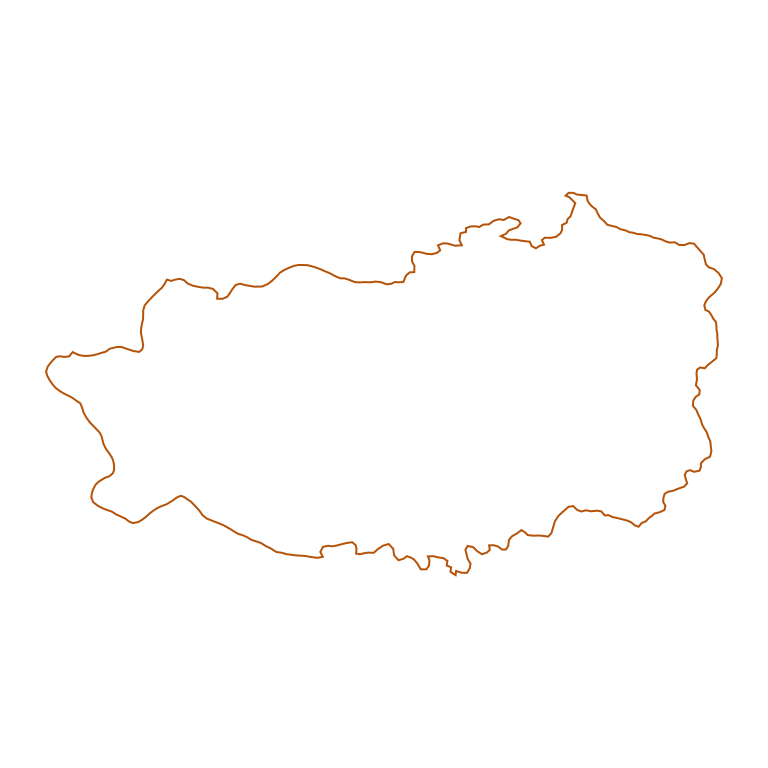 Augusto de Lima, Minas Gerais, Brazil (Mercator projection)
{"feature_id": "56859067B977102899903", "entity_name": "Augusto de Lima", "entity_type": "district", "adm_level": 2, "iso_a3": "BRA", "parent_name": "Brazil", "parent_adm1": "Minas Gerais", "projection": "mercator", "projection_center": [-44.202, -18.1], "detail": "fine", "context": "isolated", "style": "outline", "palette": "amber", "viewbox_px": 768, "rotation_deg": 0, "n_neighbors": 0, "source": "geoboundaries", "source_scale": "gbopen_adm2", "svg_char_len": 5571}
<svg xmlns="http://www.w3.org/2000/svg" viewBox="0 0 768 768"><path d="M708.4,437.2L706.6,432.0L703.9,427.8L702.1,424.4L700.7,419.4L698.4,414.8L696.2,409.7L692.9,405.9L693.3,400.5L695.9,396.7L699.3,394.5L699.7,389.9L695.9,385.3L697.0,379.2L696.5,373.7L697.0,369.8L700.1,367.5L704.8,368.2L708.2,364.7L712.4,361.4L716.4,358.1L716.8,354.0L716.8,350.1L717.9,345.7L717.7,341.3L717.3,337.6L717.3,333.4L716.5,329.7L716.4,325.4L715.8,321.8L713.2,318.6L711.3,315.0L709.0,311.6L705.4,309.9L704.3,305.4L705.8,301.5L708.3,298.1L711.3,295.3L714.3,292.9L717.9,288.5L720.7,284.1L721.9,278.3L718.7,273.2L714.1,269.2L708.6,267.2L706.0,264.4L704.8,259.8L703.7,254.7L700.5,251.1L697.5,247.7L694.0,243.7L689.4,243.1L684.6,245.0L679.4,245.0L674.8,242.3L669.7,242.6L665.5,241.3L661.3,239.3L657.1,238.3L653.7,237.7L650.5,236.1L646.3,235.0L641.0,234.3L636.3,233.8L633.1,232.7L629.3,232.2L625.5,230.4L620.4,229.2L616.5,227.0L612.2,226.0L607.4,224.8L603.7,220.8L600.1,217.7L597.4,212.8L595.9,209.4L592.2,206.6L589.4,203.7L587.6,200.7L586.6,195.5L580.4,194.9L576.7,194.5L573.6,192.9L568.5,192.9L565.7,195.7L569.1,197.1L571.9,199.7L575.3,203.2L573.3,208.3L572.0,212.2L570.5,216.3L567.7,219.0L566.6,222.8L562.1,225.0L562.1,229.8L560.5,233.3L556.3,236.7L550.5,237.9L544.8,237.7L541.9,240.1L544.0,244.7L540.0,245.7L535.9,248.3L531.7,246.1L529.8,241.7L525.3,241.2L520.1,240.5L515.6,239.7L511.3,239.8L507.3,239.2L500.9,236.1L506.1,233.7L508.6,230.6L512.0,229.2L517.3,227.4L520.6,223.4L518.4,220.1L514.7,219.0L509.1,217.0L503.7,220.0L499.0,219.2L493.6,220.8L488.9,224.4L483.2,224.6L479.2,227.0L475.4,226.3L470.9,226.4L466.0,228.1L466.0,231.9L460.5,233.3L459.4,240.1L461.8,245.3L455.0,245.7L451.1,244.5L447.4,243.5L443.1,243.3L438.0,245.3L440.2,250.3L437.2,252.7L432.2,254.2L427.0,253.9L422.6,252.7L419.0,252.0L414.6,251.9L412.0,256.2L412.0,261.3L414.4,265.8L414.3,272.1L409.6,272.4L406.0,275.6L403.3,282.0L398.9,282.3L395.0,282.0L391.2,283.8L386.8,284.3L380.6,282.1L375.6,281.6L370.7,282.3L364.4,282.1L359.9,282.4L354.8,282.1L348.8,279.7L344.2,278.3L340.4,278.3L336.8,276.9L333.4,275.2L329.4,273.0L325.7,271.6L321.4,269.6L316.1,267.6L311.6,266.2L307.6,265.2L302.6,265.0L298.3,265.0L294.2,265.8L289.5,267.6L284.2,270.0L279.8,272.8L276.6,276.4L272.4,280.4L268.2,283.8L262.3,286.5L254.4,286.7L249.9,285.9L245.3,285.1L240.0,283.7L235.5,285.1L232.4,289.1L230.0,292.9L227.3,296.7L222.6,298.8L217.1,298.7L217.5,293.3L212.9,288.9L208.2,287.7L203.3,287.7L198.6,286.9L192.7,285.7L187.7,283.5L183.9,280.1L179.6,278.8L174.9,279.7L171.3,280.9L166.9,279.6L164.5,284.1L162.1,287.5L157.5,291.7L153.1,296.0L149.0,300.3L144.7,305.3L143.2,310.5L143.2,314.8L143.0,319.4L141.7,324.8L141.1,329.1L140.9,332.8L141.7,336.9L142.5,340.9L143.2,345.6L142.2,349.4L139.2,351.9L133.8,351.1L129.4,349.7L125.6,348.4L121.3,346.9L116.3,347.1L109.9,348.7L105.7,351.7L101.1,353.0L96.3,354.5L92.8,355.3L89.2,355.8L84.9,356.0L81.1,355.5L77.5,354.5L72.7,352.1L69.1,356.4L64.4,356.9L60.0,356.3L56.4,356.8L53.8,359.2L50.6,362.8L47.7,366.6L46.1,371.6L47.2,375.6L49.6,380.1L52.5,384.3L55.7,388.0L59.9,391.1L63.4,393.2L67.4,395.3L70.9,396.9L73.9,398.9L76.9,401.1L80.3,403.3L82.2,407.9L83.7,412.8L86.4,417.6L90.0,422.6L94.0,426.6L97.0,429.8L99.7,432.6L101.7,436.6L102.5,440.1L103.6,444.3L106.2,449.3L109.5,453.7L112.1,457.9L113.5,461.9L114.1,465.9L114.1,469.8L112.9,473.2L109.3,476.3L104.9,477.8L101.6,479.8L98.5,481.8L95.5,484.8L93.2,489.2L91.9,493.0L91.3,497.4L93.2,502.2L97.9,505.8L103.4,508.6L107.2,510.1L111.6,511.5L116.3,514.5L121.2,516.7L125.6,518.8L129.0,521.5L132.9,523.1L138.1,522.1L142.2,519.7L145.9,516.9L149.5,513.6L153.5,510.5L158.0,507.7L162.1,505.9L166.5,504.3L170.1,502.1L173.3,500.1L176.8,497.5L180.7,495.8L184.2,497.0L187.5,499.4L191.0,501.7L193.6,504.4L196.6,507.5L199.4,510.7L202.5,515.1L206.7,518.5L210.6,520.1L214.2,521.5L218.4,523.1L223.3,525.1L226.5,526.9L230.4,529.1L234.1,531.5L238.1,533.8L242.6,535.2L246.7,537.0L251.7,540.0L256.1,541.3L261.0,543.0L265.7,546.0L270.4,548.2L276.4,552.0L281.9,552.8L286.8,554.2L291.5,554.8L295.7,555.4L301.5,555.7L305.4,556.0L309.6,556.8L313.8,557.4L317.6,557.8L322.8,556.8L320.3,551.9L323.1,546.8L328.2,545.8L332.3,546.3L336.4,545.6L340.9,544.4L346.6,543.0L352.2,542.2L355.7,545.2L356.5,548.7L356.1,553.6L359.9,554.2L364.3,553.2L368.2,552.6L373.7,552.8L377.9,549.1L383.2,545.6L388.7,544.0L393.2,548.8L394.1,555.4L398.5,560.2L403.4,558.8L406.9,556.2L410.5,557.4L413.9,559.4L417.3,563.4L420.7,569.3L426.4,569.3L429.1,565.4L429.4,560.2L427.9,556.4L433.6,556.2L438.3,557.4L443.5,558.2L447.4,560.9L446.7,565.5L451.1,567.3L450.5,571.9L455.6,575.1L456.1,571.0L461.8,572.8L467.1,572.8L469.9,567.9L470.5,563.6L467.7,559.0L466.6,554.6L465.4,549.8L467.7,545.9L473.2,547.2L477.5,551.4L481.9,554.2L486.8,552.6L489.8,549.8L489.1,545.4L493.5,545.2L497.8,546.4L502.2,549.6L506.1,549.4L508.3,545.6L509.0,539.7L512.2,536.1L516.5,533.7L521.5,530.1L525.1,532.5L527.7,535.1L533.4,535.7L538.7,535.5L543.2,535.9L548.2,536.6L551.4,533.1L553.1,527.5L554.8,521.5L558.1,516.3L562.2,512.3L565.6,509.4L568.5,506.8L573.2,506.1L577.2,509.9L581.3,511.5L585.9,510.3L591.1,511.3L596.8,510.7L601.2,511.3L604.8,515.5L608.4,515.1L612.6,517.1L617.5,518.1L622.3,519.3L626.9,520.5L630.9,522.1L635.0,525.5L638.7,526.7L641.5,523.1L645.8,521.3L648.8,518.1L651.8,516.0L654.5,513.5L659.4,512.3L664.5,510.0L665.4,505.8L663.2,502.0L663.4,498.2L664.6,493.8L668.5,491.6L673.1,490.8L677.8,488.8L684.2,486.6L687.2,483.3L685.9,479.4L684.7,474.9L686.6,471.3L689.9,470.2L694.2,471.8L699.5,470.7L700.9,467.0L701.0,463.1L705.0,459.1L710.0,456.7L711.4,451.3L710.7,445.5L710.3,441.3L708.4,437.2Z" fill="none" stroke="#b45309" stroke-width="2"/></svg>